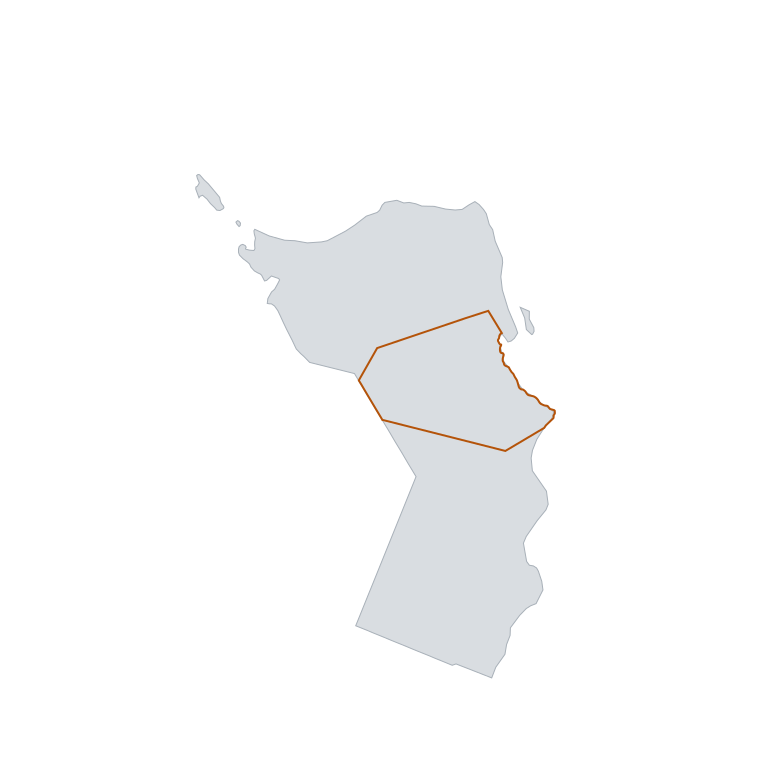 Oman, with Al Wusta highlighted, rotated 313°
{"feature_id": "OMN-2405", "entity_name": "Al Wusta", "entity_type": "Region", "adm_level": 1, "iso_a3": "OMN", "parent_name": "Oman", "parent_adm1": "", "projection": "robinson", "projection_center": [57.537, 20.48], "detail": "fine", "context": "in_parent", "style": "outline", "palette": "amber", "viewbox_px": 768, "rotation_deg": 313, "n_neighbors": 0, "source": "natural_earth", "source_scale": "10m", "svg_char_len": 4371}
<svg xmlns="http://www.w3.org/2000/svg" viewBox="0 0 768 768"><g transform="rotate(313 384 384)"><path d="M242.5,663.2L239.5,655.6L236.5,648.0L233.5,640.4L230.5,632.9L228.4,627.6L224.8,625.7L222.7,620.1L220.5,614.3L218.3,608.6L216.2,602.8L214.0,597.1L211.8,591.4L209.6,585.6L207.5,579.9L205.3,574.1L203.1,568.4L200.9,562.6L198.8,556.9L196.6,551.1L194.4,545.4L192.3,539.6L190.1,533.9L187.9,528.2L195.0,525.5L203.6,522.2L212.2,518.9L220.8,515.6L229.5,512.3L238.1,509.0L246.7,505.7L255.3,502.4L263.9,499.1L272.5,495.8L281.1,492.5L289.7,489.2L298.3,485.9L306.9,482.6L315.5,479.3L324.1,476.0L332.7,472.7L338.1,470.6L340.3,463.0L342.1,456.6L344.0,450.2L345.9,443.9L347.7,437.5L349.5,431.1L351.4,424.8L353.3,418.4L355.1,412.0L356.9,405.7L358.8,399.3L360.6,392.9L362.5,386.6L364.3,380.2L366.2,373.8L368.0,367.5L369.8,361.1L371.5,355.3L368.4,349.7L364.2,342.1L359.8,334.2L355.7,326.8L352.7,321.4L349.1,314.9L349.5,306.5L349.4,302.3L349.8,295.9L353.4,286.9L357.5,275.6L360.5,268.0L363.2,261.5L365.3,256.2L366.4,250.7L365.8,246.9L364.5,245.5L363.3,243.7L367.3,240.8L374.6,239.0L378.7,239.4L384.4,238.0L388.9,236.7L389.3,235.0L388.0,232.1L386.2,228.0L379.8,227.5L377.9,226.4L380.1,220.2L380.0,218.3L379.2,216.0L378.3,212.1L378.7,207.1L380.1,203.7L380.1,201.0L379.5,195.4L379.7,190.4L381.0,187.9L383.4,185.6L385.6,184.4L388.0,184.5L389.8,185.5L390.6,188.1L390.1,189.9L388.8,190.2L388.3,190.9L390.2,194.4L392.9,197.8L395.0,197.3L397.4,194.6L399.9,192.4L403.0,190.5L405.3,186.8L407.3,184.4L409.0,184.0L414.0,199.1L421.4,213.3L428.0,221.1L434.9,231.7L445.3,241.4L450.1,244.8L469.5,251.6L480.1,254.2L494.7,256.6L504.8,262.0L508.2,262.3L513.5,260.7L517.4,260.8L527.1,268.1L529.9,275.0L534.0,278.6L537.5,284.4L539.9,290.3L548.1,299.5L553.9,309.7L559.8,317.4L565.0,322.1L573.0,324.0L579.4,326.1L580.1,331.2L579.5,337.8L578.3,342.7L572.4,352.3L571.0,358.2L564.3,367.9L557.1,384.2L553.8,387.9L542.1,396.3L533.5,406.4L523.3,424.0L515.5,441.4L512.5,447.0L506.3,448.2L502.2,447.7L499.3,446.0L500.4,441.3L501.1,435.9L497.3,436.5L494.0,437.6L486.3,450.7L482.0,456.4L481.1,463.6L479.0,473.0L476.0,481.7L474.6,488.9L474.7,493.0L477.0,503.1L477.1,513.4L478.5,519.5L479.5,527.0L475.9,529.2L472.7,530.4L460.3,531.2L447.8,533.5L436.8,537.8L430.2,542.1L421.7,551.7L416.4,575.9L408.0,586.1L402.4,588.3L388.7,589.2L369.5,592.0L362.7,594.5L351.5,609.3L350.6,613.9L352.8,617.3L353.5,621.0L352.4,624.5L347.3,633.9L341.8,640.7L327.1,645.0L321.8,642.5L316.9,641.2L307.4,641.0L291.9,642.7L286.1,647.7L277.1,651.3L268.8,656.8L253.1,658.9L242.5,663.2ZM404.6,145.4L403.7,146.7L402.3,146.8L399.0,145.7L397.1,143.1L397.5,139.9L397.6,134.0L398.5,128.5L398.3,122.6L395.8,121.4L394.0,121.7L398.2,113.4L399.8,112.1L401.3,112.7L405.1,111.8L407.1,107.3L408.7,104.8L410.4,105.1L411.3,106.5L410.6,113.3L410.6,119.0L408.4,136.5L406.2,139.6L405.1,142.0L404.6,145.4ZM524.9,457.8L521.8,458.7L520.9,458.3L520.9,451.0L528.2,441.9L533.0,431.3L536.3,440.7L530.5,446.0L527.4,455.1L524.9,457.8ZM403.8,169.3L401.7,170.8L400.3,170.6L400.6,167.5L401.4,165.3L403.6,165.5L404.1,166.8L403.8,169.3Z" fill="#d9dde1" stroke="#a8b0b8" stroke-width="1"/><path d="M356.6,407.3L357.3,405.1L359.9,396.0L362.4,387.4L364.6,379.8L366.5,373.3L368.0,368.3L368.9,365.1L369.2,363.9L369.5,363.1L370.7,362.8L405.6,354.5L487.5,398.6L503.3,407.4L508.6,410.4L501.6,435.4L500.6,435.0L499.1,435.1L497.7,435.6L496.1,436.8L494.0,437.3L493.4,437.8L493.1,438.3L492.2,441.0L492.2,441.7L492.5,442.3L492.7,442.8L492.3,443.2L491.6,443.5L490.4,443.8L489.5,444.3L488.6,445.0L487.4,446.2L487.0,446.8L486.7,447.4L486.6,448.2L486.7,448.7L487.4,449.6L487.6,450.2L487.2,451.4L486.3,452.1L484.2,453.1L483.3,453.7L482.4,454.5L481.7,455.4L481.4,456.5L481.2,457.1L480.6,457.9L480.1,458.8L480.1,460.3L481.0,462.6L481.3,464.0L480.5,466.1L479.7,469.2L479.7,470.0L479.6,471.7L478.4,474.8L477.6,478.0L477.0,479.4L473.9,484.5L473.4,486.0L473.6,487.8L474.0,488.5L474.4,489.0L474.8,489.6L474.9,490.4L475.0,492.1L474.9,493.0L474.6,493.7L474.3,495.2L474.2,496.4L474.5,497.5L477.0,501.8L477.3,502.8L477.6,504.4L477.6,505.9L477.4,507.4L476.6,510.0L476.4,511.2L476.5,512.5L477.5,515.5L478.0,516.4L479.2,518.0L479.5,518.9L479.1,521.3L479.0,522.5L480.9,526.2L480.9,527.1L479.7,528.4L479.0,529.0L478.8,529.1L476.6,529.5L476.3,529.8L476.1,530.1L475.5,530.6L474.9,531.0L474.4,531.2L464.0,530.6L461.2,531.1L417.8,518.4L357.3,408.4L356.6,407.3Z" fill="none" stroke="#b45309" stroke-width="2"/></g></svg>